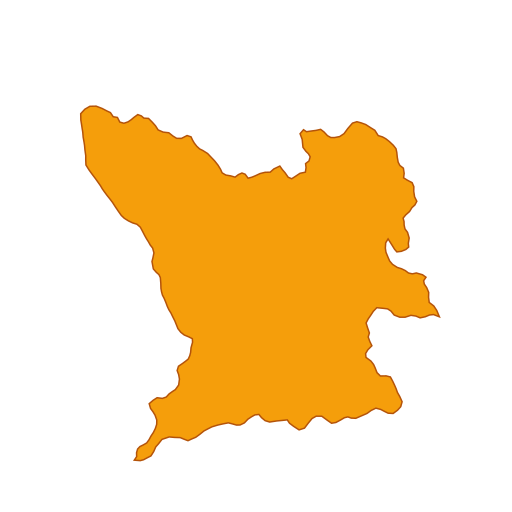 the district of Santa Cruz de Salinas, Minas Gerais, Brazil, rotated 255°
{"feature_id": "56859067B16259382882532", "entity_name": "Santa Cruz de Salinas", "entity_type": "district", "adm_level": 2, "iso_a3": "BRA", "parent_name": "Brazil", "parent_adm1": "Minas Gerais", "projection": "mercator", "projection_center": [-41.791, -16.046], "detail": "fine", "context": "isolated", "style": "filled", "palette": "amber", "viewbox_px": 512, "rotation_deg": 255, "n_neighbors": 0, "source": "geoboundaries", "source_scale": "gbopen_adm2", "svg_char_len": 4233}
<svg xmlns="http://www.w3.org/2000/svg" viewBox="0 0 512 512"><g transform="rotate(255 256 256)"><path d="M438.8,123.5L432.7,122.0L427.8,121.5L424.3,121.1L420.4,120.7L415.5,119.8L410.7,119.4L407.2,119.0L402.6,118.2L396.9,117.5L392.9,116.4L387.9,115.3L382.6,116.9L378.1,118.6L371.9,121.1L367.3,122.8L364.0,124.0L360.7,124.9L357.4,126.1L353.1,127.8L349.7,129.3L345.1,131.2L339.8,132.9L334.6,134.7L330.0,136.4L326.4,138.6L322.9,141.9L319.9,145.4L317.5,149.2L313.8,151.7L308.7,152.9L304.5,153.8L301.0,154.7L297.5,155.8L293.9,156.7L290.4,158.2L285.4,158.2L280.8,155.9L277.6,154.1L274.0,153.8L270.1,153.5L266.0,155.5L263.2,157.4L259.9,158.0L254.4,157.0L249.3,155.8L245.9,155.5L242.5,155.5L238.9,156.3L234.5,156.9L230.2,157.3L226.8,157.9L222.8,159.1L218.6,159.9L214.3,160.8L206.0,161.8L201.8,163.6L198.3,166.2L195.2,170.2L192.6,173.1L189.1,172.4L184.2,169.5L179.8,167.9L176.8,166.2L174.0,163.9L172.5,160.5L171.1,156.9L169.6,152.6L165.8,150.2L161.4,150.6L156.9,150.2L151.4,147.9L147.8,143.5L146.7,140.1L145.3,136.4L143.0,132.8L142.7,128.7L144.7,123.8L143.3,119.4L141.0,114.6L136.0,114.7L132.2,116.2L128.3,117.3L123.2,117.7L119.1,116.5L115.4,114.1L112.1,111.2L109.2,107.9L106.2,105.1L103.7,102.0L102.7,98.2L102.0,94.6L100.2,91.7L96.9,89.7L93.1,88.8L90.3,85.6L88.3,91.2L88.3,94.7L89.2,98.6L90.1,102.8L93.6,106.6L97.6,109.8L99.9,113.3L103.2,117.7L103.7,125.3L101.8,130.5L100.2,135.8L97.8,138.9L95.2,142.5L95.9,146.5L96.5,150.9L98.4,155.8L100.5,160.5L101.5,164.9L102.4,169.2L102.6,175.2L102.4,180.6L102.0,186.1L99.8,190.0L97.8,193.3L96.9,196.8L97.8,201.6L100.5,206.0L101.9,210.2L102.8,213.8L102.2,217.8L98.4,219.5L94.6,222.2L92.1,226.2L91.3,233.4L90.5,238.1L89.6,243.8L85.8,245.1L81.8,248.2L76.9,252.6L77.2,258.3L81.1,263.3L84.5,268.1L85.7,272.7L84.2,278.1L78.7,282.5L74.9,285.7L74.5,290.1L75.7,295.2L76.9,299.6L76.8,303.1L74.8,306.0L73.4,310.4L74.5,317.8L75.2,322.5L77.0,327.2L78.0,332.4L75.5,336.8L72.7,339.8L70.0,342.9L68.4,347.7L70.4,352.8L73.0,356.8L77.4,359.4L83.0,358.5L87.6,357.3L91.4,357.0L95.4,356.4L99.8,355.6L104.4,354.5L106.5,350.7L107.9,345.1L112.0,342.7L117.3,342.1L120.8,341.5L124.8,339.8L129.6,336.0L133.4,336.6L136.5,339.8L139.3,344.7L144.0,343.8L148.7,343.4L152.3,345.6L157.7,345.2L162.8,345.0L166.3,348.2L168.9,351.3L172.2,355.0L174.8,359.3L172.7,364.9L170.9,369.4L167.9,372.1L163.2,374.2L159.7,379.0L158.3,384.2L158.6,390.3L156.6,394.9L153.8,398.5L153.5,403.8L154.1,408.3L153.5,412.3L149.8,417.4L156.6,416.5L161.7,414.8L166.3,411.3L171.5,412.0L176.1,413.4L181.2,412.7L185.3,411.3L188.7,411.5L191.5,414.7L194.8,412.0L198.1,406.5L198.3,402.4L200.1,398.9L203.3,396.4L206.0,393.3L208.4,389.5L212.6,385.7L216.6,383.8L220.6,383.2L226.0,382.5L230.2,383.0L235.2,384.7L238.3,388.0L231.6,390.1L226.6,391.6L223.5,393.1L222.9,397.6L223.5,402.4L225.1,405.8L228.8,406.4L233.7,408.6L239.6,408.5L243.7,406.9L247.6,407.1L251.0,407.9L254.5,407.9L256.9,411.2L259.3,415.9L262.4,419.2L264.1,422.6L267.2,425.5L272.1,424.5L277.6,425.1L282.1,426.4L286.4,425.8L290.0,421.9L293.3,418.8L297.5,420.5L302.7,421.1L306.2,418.4L309.8,417.6L314.6,418.0L319.6,418.8L323.4,419.0L327.4,417.3L332.1,414.4L335.7,411.7L338.3,409.0L340.7,405.2L346.7,403.3L350.2,400.0L354.6,396.0L357.4,392.0L359.6,388.2L359.4,383.6L355.4,377.7L351.4,372.7L349.7,367.7L350.1,362.4L351.1,358.9L353.7,356.2L358.2,353.8L361.6,351.2L361.8,346.5L362.5,341.2L363.0,336.9L365.7,334.6L362.7,330.2L356.7,330.8L352.6,330.1L348.8,329.5L344.2,331.3L341.2,333.1L337.8,334.0L334.1,331.8L332.4,327.8L328.4,327.2L324.2,325.4L324.5,319.9L322.6,314.3L321.4,310.5L323.7,307.5L328.9,305.6L332.6,303.8L336.7,302.3L335.5,295.8L333.3,291.4L334.5,286.4L334.6,281.3L333.7,276.3L333.2,272.5L333.2,268.5L337.8,266.7L339.8,263.9L339.2,260.1L337.6,256.2L340.0,252.2L342.0,247.8L345.1,244.8L348.9,244.2L353.6,242.8L358.7,240.6L362.7,238.4L367.5,235.8L371.8,231.8L374.0,229.3L377.3,227.2L381.1,225.6L384.4,224.7L387.9,224.1L390.2,220.6L388.9,214.5L390.2,209.8L393.4,206.8L397.6,203.7L399.7,198.4L403.1,194.1L407.8,192.6L412.0,190.5L416.7,187.8L418.2,183.4L421.0,181.5L423.2,178.4L421.5,174.0L419.9,170.6L418.7,167.2L418.4,162.8L420.6,159.1L425.7,158.0L427.5,154.1L432.2,152.5L434.8,149.4L438.3,145.6L442.1,140.4L443.6,134.3L442.1,128.7L438.8,123.5Z" fill="#f59e0b" stroke="#b45309" stroke-width="1.5"/></g></svg>